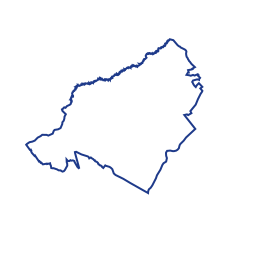 the district of Cetariu, Bihor, Romania, rotated 144°
{"feature_id": "2599482B19463372826747", "entity_name": "Cetariu", "entity_type": "district", "adm_level": 2, "iso_a3": "ROU", "parent_name": "Romania", "parent_adm1": "Bihor", "projection": "mercator", "projection_center": [22.043, 47.156], "detail": "fine", "context": "isolated", "style": "outline", "palette": "blue", "viewbox_px": 256, "rotation_deg": 144, "n_neighbors": 0, "source": "geoboundaries", "source_scale": "gbopen_adm2", "svg_char_len": 5916}
<svg xmlns="http://www.w3.org/2000/svg" viewBox="0 0 256 256"><g transform="rotate(144 128 128)"><path d="M220.2,174.3L220.2,167.8L219.9,167.3L219.4,167.4L219.5,166.5L220.1,166.0L220.4,164.5L220.0,160.3L219.4,160.4L219.7,153.2L219.1,153.2L219.1,151.4L218.7,151.4L218.7,150.3L218.3,150.0L218.2,148.6L214.6,146.9L214.7,146.4L211.8,145.2L212.4,144.2L212.4,143.2L213.6,140.7L212.5,139.6L211.9,139.3L209.7,136.2L209.0,134.5L207.4,133.3L207.2,132.4L206.6,131.2L205.3,130.8L203.8,131.1L199.3,133.2L198.2,134.8L197.7,136.3L196.2,138.6L196.1,137.3L195.8,136.4L195.0,135.8L193.5,135.8L193.2,135.0L191.6,134.2L190.8,132.8L191.2,131.9L191.8,126.1L191.5,124.5L191.0,124.5L185.5,139.0L185.1,139.7L183.9,139.2L181.2,134.0L177.2,128.6L176.9,127.5L177.2,126.2L175.4,126.0L174.9,124.2L174.4,123.2L174.3,121.9L173.8,121.3L174.1,120.6L174.0,120.2L173.2,119.1L172.9,117.9L172.8,117.6L173.1,117.0L173.0,116.7L173.2,116.0L172.8,115.5L172.8,114.6L172.5,114.4L172.4,113.9L172.0,113.5L171.7,112.3L171.9,111.9L171.5,110.2L168.4,111.1L168.1,110.4L165.8,107.4L165.2,105.7L164.9,103.9L166.2,99.6L165.7,97.3L161.7,89.7L158.5,82.2L150.0,63.6L149.0,64.8L148.0,65.6L147.1,66.1L144.8,66.3L142.0,67.3L134.9,70.9L132.4,72.7L126.3,75.2L121.9,77.9L120.0,78.6L116.9,78.4L114.2,80.8L113.5,83.0L112.2,85.1L111.6,85.8L109.8,86.5L107.1,84.9L105.5,83.1L104.5,82.3L102.4,81.4L100.7,81.3L98.8,81.7L96.4,83.7L95.0,84.3L90.4,85.0L86.6,86.2L74.1,87.7L74.8,105.4L72.4,104.4L72.1,104.1L71.8,103.1L68.0,102.7L67.6,105.0L59.5,107.1L54.5,110.2L49.1,113.0L47.3,113.6L46.0,114.3L46.2,117.5L43.7,117.6L44.3,122.6L47.4,122.1L49.1,121.3L49.4,122.9L49.4,124.7L49.0,126.9L49.0,127.5L47.5,128.2L43.5,126.7L42.9,126.0L42.4,125.7L42.2,125.3L41.9,125.7L40.2,126.2L40.6,129.0L39.9,129.3L40.1,129.8L40.0,130.5L43.3,131.3L44.2,132.7L46.5,133.4L47.4,134.6L49.4,136.6L46.7,137.7L46.2,137.3L45.4,139.5L42.0,137.9L41.1,137.7L41.0,138.2L38.1,137.9L39.0,142.5L39.0,145.3L39.2,146.4L39.0,147.4L39.0,148.4L38.7,149.4L38.7,151.2L37.9,153.0L37.1,154.3L35.9,155.4L35.6,156.3L35.7,157.5L36.1,158.5L38.1,162.3L38.1,163.2L38.8,164.3L39.2,165.9L39.7,172.4L42.0,175.2L42.7,174.9L42.9,175.1L43.6,174.8L44.1,175.2L44.4,174.8L45.2,175.2L45.9,174.7L45.9,174.3L46.5,174.4L46.6,173.8L46.9,173.7L48.4,174.4L48.6,174.1L48.4,173.9L48.5,173.5L49.5,172.8L50.4,173.4L50.6,172.9L51.3,173.3L52.1,172.8L52.8,173.6L53.7,173.8L54.0,173.1L54.6,173.1L54.7,173.7L55.6,173.7L56.3,174.6L56.6,174.6L57.7,173.5L58.1,172.5L58.5,172.3L58.9,172.7L59.1,173.4L59.9,173.8L60.9,173.0L60.7,172.5L61.3,172.4L61.7,173.2L62.2,172.8L63.2,173.3L63.6,172.9L64.2,173.0L64.0,173.4L64.3,173.5L64.2,173.9L64.6,173.8L64.8,174.3L65.3,174.1L66.2,174.7L66.2,175.7L66.6,176.1L67.0,176.0L67.3,176.3L67.4,175.7L67.7,175.7L68.1,176.1L69.2,176.5L69.4,176.9L71.0,176.2L71.6,175.3L71.7,174.0L73.7,173.7L74.3,174.3L75.1,174.1L75.4,173.9L75.5,173.3L75.8,173.2L75.9,173.5L76.6,173.3L77.3,172.7L77.8,172.7L78.2,172.2L78.7,172.6L79.2,172.3L79.7,172.7L80.7,172.8L81.0,173.1L80.9,172.4L81.4,172.6L81.7,172.1L83.4,172.3L83.7,172.7L84.2,172.3L84.4,172.9L84.7,172.6L84.8,173.0L85.5,173.0L85.6,173.3L85.2,173.6L85.3,173.8L86.6,174.4L86.9,174.9L86.5,175.2L86.7,175.6L87.0,175.3L87.4,175.2L87.6,175.7L87.9,175.2L88.4,175.2L88.6,175.4L88.4,175.7L88.1,175.9L88.7,176.1L88.8,175.8L89.3,175.5L89.7,175.9L90.3,175.8L90.6,175.3L90.7,175.6L91.3,175.8L91.4,176.3L92.0,177.0L92.8,176.4L93.5,177.3L95.0,177.0L95.3,177.2L96.0,176.8L96.4,177.8L97.0,176.8L97.3,176.7L97.6,177.3L98.6,177.2L98.7,177.8L99.6,177.1L100.2,177.4L99.8,177.7L99.9,178.1L100.4,177.8L100.8,178.1L101.4,177.6L101.6,178.1L101.9,178.2L102.4,178.0L102.6,177.4L103.0,177.4L103.3,176.8L104.2,176.7L104.3,177.2L105.3,176.9L105.8,177.4L105.1,178.5L105.2,178.8L105.7,178.5L105.9,178.1L106.5,178.5L106.5,178.2L106.8,178.1L107.2,178.8L108.0,178.8L108.9,178.3L110.6,178.9L110.7,178.3L111.1,178.2L111.3,177.6L111.7,177.7L111.5,178.1L112.3,178.5L112.6,178.4L112.6,178.0L113.2,177.8L113.6,178.1L114.3,177.4L114.3,178.2L114.9,178.6L116.1,178.1L116.1,178.6L115.8,179.2L116.9,179.7L117.0,180.4L117.4,180.6L118.0,179.8L118.3,179.8L118.2,180.3L118.2,181.1L118.7,181.1L118.8,180.7L119.3,180.6L119.5,180.9L119.3,181.1L120.0,181.3L120.1,182.8L120.8,182.5L121.4,183.0L121.0,183.2L121.5,183.6L121.0,183.7L120.8,184.7L121.1,185.1L121.3,184.8L121.6,184.9L121.8,184.2L122.3,184.3L122.8,185.0L123.3,184.8L123.4,185.3L124.1,184.7L125.8,184.8L126.1,185.1L126.4,184.9L127.2,185.6L127.9,185.1L128.4,185.8L129.7,184.9L129.8,185.6L130.3,186.1L130.5,185.6L131.1,185.8L130.8,186.0L131.0,186.3L131.3,185.9L132.1,185.8L132.5,186.6L132.9,185.9L133.1,185.9L133.3,186.2L133.1,186.5L133.1,187.2L133.8,186.5L134.0,186.8L133.8,187.3L134.2,187.2L134.3,187.4L134.1,187.7L134.3,187.9L135.0,187.8L135.4,188.4L136.1,188.9L136.6,188.8L137.0,189.3L137.5,188.7L137.9,188.7L138.1,189.2L137.7,189.5L138.3,189.6L138.3,190.2L138.5,190.4L138.6,189.9L139.0,189.7L139.4,189.9L139.5,190.6L140.0,190.8L140.3,190.1L141.7,190.6L142.3,190.5L142.8,191.4L143.1,191.4L142.9,191.6L143.3,192.4L143.8,191.5L144.3,191.4L144.5,191.6L144.4,191.9L144.1,192.2L144.9,192.2L144.7,192.0L144.9,191.6L145.5,191.1L145.7,191.3L145.5,191.6L146.5,192.0L146.4,191.3L146.8,191.0L146.7,190.7L147.2,190.7L147.1,190.4L147.8,189.9L148.7,190.1L149.6,189.6L149.8,189.8L149.5,190.1L150.3,190.1L151.4,189.4L151.9,189.5L152.9,188.8L153.2,187.9L153.6,187.4L153.5,186.4L153.8,186.0L154.2,186.8L154.7,186.4L154.8,186.8L157.1,185.4L157.0,184.9L157.7,184.8L157.3,184.4L157.9,183.7L157.6,183.4L157.6,183.2L157.9,183.2L157.8,182.7L158.2,182.3L158.6,182.4L159.1,181.9L159.6,181.8L160.0,181.2L161.4,181.0L164.5,181.6L166.6,181.1L166.8,181.6L167.5,182.2L168.7,182.0L168.8,181.8L170.5,181.9L171.0,180.3L170.2,175.7L172.7,174.5L174.0,173.0L175.7,171.7L177.7,171.2L178.9,169.8L182.6,167.6L185.3,168.0L188.5,169.6L189.8,169.3L192.2,167.7L196.9,168.7L197.9,170.3L201.4,172.9L203.5,172.8L206.7,173.3L210.8,172.6L213.4,173.2L216.0,174.4L219.2,174.5L220.2,174.3Z" fill="none" stroke="#1e3a8a" stroke-width="2"/></g></svg>